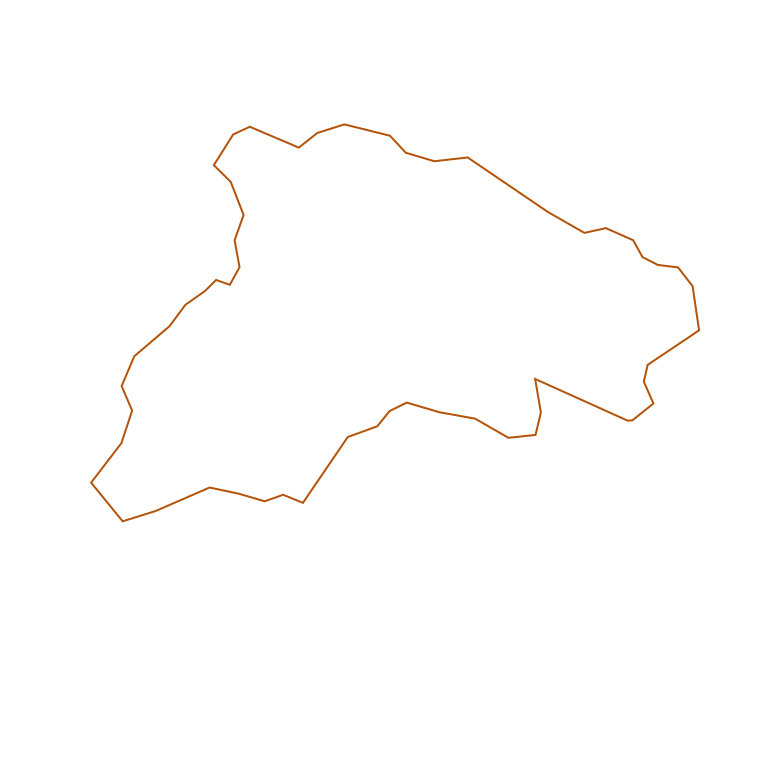 Ak-Talaa, Naryn, Kyrgyzstan (Equal Earth projection), rotated 208°
{"feature_id": "92254566B17697144541552", "entity_name": "Ak-Talaa", "entity_type": "district", "adm_level": 2, "iso_a3": "KGZ", "parent_name": "Kyrgyzstan", "parent_adm1": "Naryn", "projection": "equal_earth", "projection_center": [74.786, 41.313], "detail": "fine", "context": "isolated", "style": "outline", "palette": "amber", "viewbox_px": 768, "rotation_deg": 208, "n_neighbors": 0, "source": "geoboundaries", "source_scale": "gbopen_adm2", "svg_char_len": 850}
<svg xmlns="http://www.w3.org/2000/svg" viewBox="0 0 768 768"><g transform="rotate(208 384 384)"><path d="M179.1,625.0L198.1,617.7L215.4,617.4L231.4,627.9L261.3,625.8L278.0,611.5L319.9,612.8L416.5,623.3L444.2,604.3L473.4,598.4L495.3,606.0L540.9,594.6L560.7,574.4L570.2,552.7L623.3,548.1L634.3,533.6L637.0,497.3L614.2,490.5L587.3,467.3L583.4,440.8L566.4,419.3L566.7,399.2L581.1,397.0L585.7,382.1L596.5,360.8L600.5,334.4L617.5,291.3L614.7,259.0L593.9,242.3L588.1,208.5L596.3,159.4L550.3,140.1L525.9,164.8L489.4,210.7L460.5,219.0L434.3,224.4L421.1,238.8L399.8,241.0L391.1,320.2L370.1,343.5L366.3,362.9L355.2,378.2L321.7,385.1L287.2,396.2L285.2,396.1L248.9,394.9L226.3,410.2L232.1,432.5L252.9,459.4L151.7,466.0L147.6,468.5L137.0,493.3L155.7,508.1L160.2,524.7L131.0,579.3L157.4,615.2L179.1,625.0Z" fill="none" stroke="#b45309" stroke-width="2"/></g></svg>